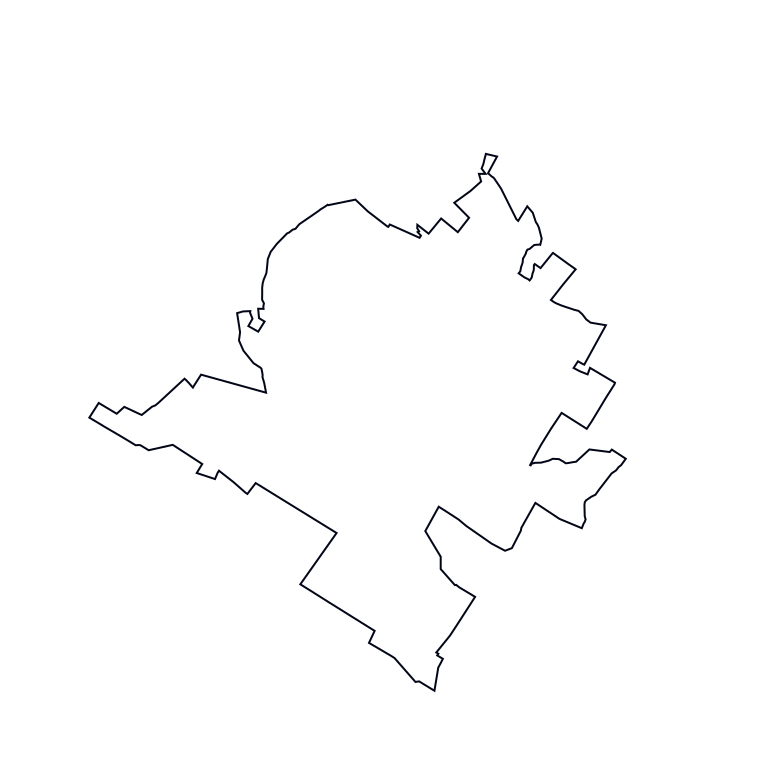 outline of Tahmek, Yucatán, Mexico, rotated 296°
{"feature_id": "50627088B83810267980946", "entity_name": "Tahmek", "entity_type": "district", "adm_level": 2, "iso_a3": "MEX", "parent_name": "Mexico", "parent_adm1": "Yucatán", "projection": "robinson", "projection_center": [-89.276, 20.901], "detail": "fine", "context": "isolated", "style": "outline", "palette": "ink", "viewbox_px": 768, "rotation_deg": 296, "n_neighbors": 0, "source": "geoboundaries", "source_scale": "gbopen_adm2", "svg_char_len": 3478}
<svg xmlns="http://www.w3.org/2000/svg" viewBox="0 0 768 768"><g transform="rotate(296 384 384)"><path d="M383.8,623.7L403.5,627.8L408.2,630.5L412.2,631.3L415.0,632.7L422.8,634.1L424.9,617.5L421.8,616.7L415.2,597.3L398.3,590.7L396.6,588.1L393.5,583.9L392.4,582.0L393.0,578.3L392.9,577.9L393.2,574.2L390.7,568.4L387.4,565.8L382.2,559.7L379.3,554.2L377.0,551.6L375.2,551.5L375.2,551.2L375.2,550.9L388.4,551.3L398.0,551.8L416.9,553.7L435.9,556.3L432.6,585.9L441.8,587.1L456.3,588.4L466.6,589.3L471.7,589.8L476.6,590.4L484.2,591.2L484.5,591.3L486.4,591.1L487.3,580.5L487.6,576.8L488.8,562.1L481.9,562.8L481.3,554.8L481.5,547.4L489.4,548.4L489.1,554.2L489.1,555.5L534.1,557.7L529.7,542.8L530.7,537.5L533.6,531.7L535.0,526.9L534.0,521.9L534.0,521.6L532.8,512.8L532.3,508.6L532.1,505.0L532.0,503.6L532.1,500.9L532.7,497.2L551.8,501.3L570.4,505.8L571.1,506.0L571.4,504.6L572.5,497.6L575.9,478.4L575.4,478.2L556.8,473.9L557.9,466.9L556.6,466.6L556.4,466.7L552.5,468.5L550.7,468.9L548.8,469.0L544.4,470.1L540.9,469.5L541.4,467.6L541.4,463.4L542.5,456.5L545.0,457.1L549.0,456.0L553.8,455.4L557.8,453.9L558.9,454.1L563.7,454.3L564.7,453.9L567.7,454.0L569.1,455.6L574.6,458.0L575.1,458.6L576.1,460.2L577.7,463.1L577.7,463.4L583.8,462.0L592.4,454.7L594.7,451.9L596.1,449.5L603.1,442.7L606.5,434.9L589.4,433.1L590.1,430.8L610.9,403.6L616.6,393.8L617.5,392.0L617.7,389.9L619.1,385.1L638.0,385.9L635.5,374.7L629.6,375.9L625.1,376.9L620.4,377.3L617.4,383.2L614.5,377.2L608.6,382.5L595.4,377.1L577.7,367.7L570.7,387.6L552.8,383.8L553.2,382.2L557.8,362.8L538.7,358.2L539.2,355.8L541.7,344.2L538.5,345.6L536.7,348.6L535.3,347.6L533.5,352.2L531.0,351.9L529.9,319.3L527.1,319.0L527.0,318.3L532.1,293.6L537.2,277.5L520.3,255.5L520.4,254.8L517.2,253.0L512.8,250.2L512.1,250.0L506.7,247.0L490.6,237.9L488.8,237.4L484.7,236.4L482.6,234.2L480.7,233.3L478.7,232.4L476.9,230.9L472.4,229.4L462.8,226.2L457.3,225.1L453.2,224.2L445.4,224.8L435.5,228.5L432.3,229.6L429.4,229.9L425.2,230.1L421.1,230.9L416.9,232.4L412.7,234.5L406.3,237.5L403.9,240.7L400.7,241.6L398.7,242.8L396.5,237.9L388.4,242.8L387.8,249.3L375.9,248.0L376.6,236.7L385.0,237.2L389.3,232.4L390.9,231.9L387.5,225.6L383.3,220.9L367.5,231.9L367.3,232.0L359.5,234.6L352.3,243.1L345.5,257.6L344.5,265.9L344.1,267.1L340.7,269.7L339.0,270.9L336.9,271.8L332.5,275.8L330.9,277.0L324.5,281.8L312.2,215.5L300.4,214.1L297.0,213.8L299.4,208.1L300.8,204.3L301.3,202.4L300.7,202.2L300.3,202.0L268.4,189.6L264.6,187.9L261.8,185.4L249.9,179.8L249.6,161.1L249.6,160.9L249.6,160.6L240.1,156.8L241.9,135.9L224.6,133.9L223.2,150.2L223.2,150.4L223.1,151.2L221.4,173.4L220.1,187.7L221.5,190.0L222.2,192.0L221.3,201.5L236.7,220.8L232.4,255.7L221.9,254.7L224.5,273.8L231.2,273.4L233.7,273.7L229.9,291.5L225.6,307.2L225.3,309.4L238.7,312.1L229.3,406.7L167.3,396.6L164.6,421.5L163.5,431.2L163.5,431.5L158.0,483.8L144.7,484.0L142.8,509.3L142.3,513.6L130.0,542.9L132.1,545.9L130.4,563.8L152.5,557.2L152.8,557.1L153.2,557.1L157.7,557.3L162.8,557.4L163.4,550.8L165.4,551.1L165.6,548.7L179.0,551.8L186.7,553.6L198.5,555.1L208.4,556.3L232.6,559.2L234.2,541.0L235.1,536.9L234.3,535.9L242.5,516.1L253.6,510.7L269.9,485.6L297.7,487.0L297.4,489.5L297.1,492.1L296.9,494.2L296.7,495.7L294.9,510.4L292.5,520.0L287.7,550.6L287.2,565.9L292.5,570.9L312.2,571.3L315.0,570.5L343.5,572.2L339.7,600.8L341.1,625.0L346.5,624.6L347.9,624.9L350.8,624.5L353.1,622.4L363.1,617.2L365.7,616.3L368.0,616.6L373.5,619.7L377.2,622.6L383.8,623.7Z" fill="none" stroke="#020617" stroke-width="2"/></g></svg>